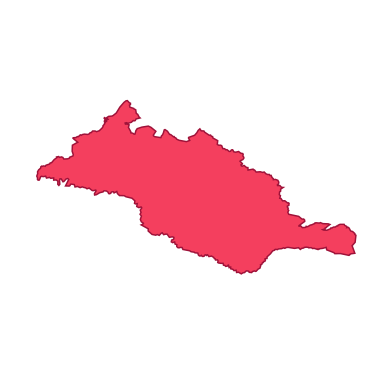 San Bartolo Tutotepec, Hidalgo, Mexico, rotated 253°
{"feature_id": "50627088B89950958410687", "entity_name": "San Bartolo Tutotepec", "entity_type": "district", "adm_level": 2, "iso_a3": "MEX", "parent_name": "Mexico", "parent_adm1": "Hidalgo", "projection": "equal_earth", "projection_center": [-98.204, 20.469], "detail": "fine", "context": "isolated", "style": "filled", "palette": "rose", "viewbox_px": 384, "rotation_deg": 253, "n_neighbors": 0, "source": "geoboundaries", "source_scale": "gbopen_adm2", "svg_char_len": 6064}
<svg xmlns="http://www.w3.org/2000/svg" viewBox="0 0 384 384"><g transform="rotate(253 192 192)"><path d="M102.7,336.1L103.8,335.3L104.6,335.6L107.3,334.0L108.0,332.7L108.9,332.2L111.6,331.7L112.5,331.1L112.7,329.6L113.3,330.1L114.0,329.8L115.3,328.3L116.6,328.0L117.8,324.1L117.5,321.9L116.9,321.4L117.2,320.3L116.6,318.9L117.1,317.0L116.7,315.5L117.0,314.2L116.4,313.8L116.0,309.8L117.0,306.9L117.8,306.0L117.8,308.5L118.7,308.9L118.7,310.0L119.4,311.0L120.6,314.4L121.7,313.0L123.5,307.9L125.2,305.8L125.0,304.8L126.3,301.6L126.4,300.4L126.0,300.2L125.6,296.5L125.8,295.5L125.0,292.5L125.8,291.1L125.0,290.6L125.0,290.0L125.7,287.1L127.7,286.1L128.0,284.4L128.6,284.5L130.9,291.2L132.3,291.5L133.5,290.9L133.4,290.3L134.3,289.0L137.5,286.9L142.4,278.0L144.7,277.7L146.1,279.1L147.4,278.6L148.4,279.3L149.2,278.8L150.6,279.0L150.9,280.7L152.7,281.5L153.4,281.2L153.6,280.2L156.5,278.2L157.1,276.0L159.8,275.2L160.4,274.1L162.6,275.5L163.9,274.7L166.5,275.8L166.9,277.0L168.8,277.6L169.7,280.5L170.3,279.0L172.5,277.9L173.2,275.7L173.9,275.8L174.4,277.1L176.0,277.9L178.1,277.5L179.7,275.4L180.0,273.4L181.0,273.6L182.4,272.8L184.8,272.5L185.0,271.4L186.2,271.0L186.6,269.5L187.7,268.1L190.0,266.9L190.1,265.2L191.4,263.2L192.3,259.2L194.8,258.2L195.3,257.2L196.0,257.1L196.6,252.0L199.0,252.6L199.5,251.3L202.2,249.5L202.0,247.6L202.6,246.8L203.7,246.8L203.9,248.1L204.4,248.5L207.4,246.9L207.8,247.6L208.1,250.1L209.1,251.4L210.0,251.7L211.6,251.2L212.9,251.9L213.9,251.8L214.9,249.9L217.1,248.4L217.3,245.4L218.1,243.8L220.5,243.2L220.7,242.0L219.7,240.6L219.9,239.4L222.2,237.9L222.6,236.5L223.9,235.9L224.4,234.2L227.7,233.9L228.5,232.8L228.9,231.2L230.1,230.1L233.6,231.6L237.5,227.8L239.0,227.9L239.5,226.9L241.0,226.4L241.2,225.1L245.5,221.6L246.9,221.2L247.8,218.7L250.1,218.0L249.1,215.9L247.3,214.0L245.5,211.1L245.2,204.8L244.7,204.4L242.0,204.9L241.8,201.4L245.2,194.8L247.1,192.7L248.2,192.5L249.7,191.0L250.2,191.1L250.4,190.3L253.2,188.4L253.6,187.4L257.3,186.3L259.6,184.4L259.5,183.6L256.7,181.8L255.1,180.3L254.6,179.2L253.1,178.1L255.8,172.5L256.9,171.6L257.7,171.7L260.6,175.2L265.8,171.7L267.8,169.5L268.7,163.0L268.6,158.1L267.1,156.3L264.1,154.4L264.2,153.6L265.5,152.6L266.5,150.8L267.5,151.1L272.4,150.1L274.6,151.5L275.8,150.0L276.4,148.2L277.5,148.2L277.5,149.5L276.4,151.0L276.4,154.4L277.5,156.7L277.0,157.3L276.9,158.5L278.2,159.9L278.0,164.0L279.2,163.3L282.1,162.8L283.5,161.7L287.2,162.2L288.2,160.9L288.9,160.8L291.3,157.4L293.4,157.6L293.6,158.7L294.9,159.1L295.6,158.2L298.3,156.9L298.5,155.6L297.6,153.2L294.3,147.9L289.7,142.7L288.2,138.9L288.0,137.7L288.7,134.4L287.7,131.1L288.7,130.0L288.2,129.6L287.3,130.5L286.4,129.6L286.1,130.2L286.7,132.7L286.1,132.9L286.3,131.9L285.5,131.4L285.3,130.2L284.9,131.0L284.5,130.9L284.8,129.4L284.6,128.9L283.9,129.3L283.2,128.4L282.7,128.4L281.3,126.2L280.5,126.0L279.5,124.8L277.7,121.2L277.6,118.4L278.7,117.1L279.4,114.8L278.3,113.1L278.5,112.0L277.6,110.5L277.5,109.2L278.8,106.0L279.0,103.8L278.6,102.8L279.3,101.9L278.2,99.6L278.5,98.4L278.0,97.1L278.6,94.2L278.3,93.9L277.1,94.5L273.0,97.3L271.7,91.3L266.0,89.3L262.5,89.4L261.3,88.7L261.0,85.2L260.2,84.7L260.1,82.6L261.0,79.1L262.8,78.6L263.7,77.5L263.9,75.3L264.9,74.9L265.1,72.8L264.4,72.9L263.3,69.7L261.1,66.3L261.2,64.8L260.4,64.0L260.3,60.2L259.5,59.2L260.3,57.8L260.3,56.3L260.7,56.0L260.4,54.9L259.0,54.1L258.0,51.8L256.5,50.2L254.7,49.8L252.6,48.2L250.5,48.4L249.4,47.9L248.3,48.3L248.1,49.5L250.9,51.8L251.0,52.7L250.2,54.2L249.9,56.7L247.9,56.9L247.6,60.0L246.4,60.9L245.9,63.8L243.8,63.2L243.2,65.7L241.5,66.9L238.6,65.9L237.2,66.6L238.1,67.9L241.8,68.7L243.2,69.7L242.7,70.8L239.5,71.6L239.5,72.5L241.3,75.5L241.2,77.2L240.1,77.8L234.8,72.8L233.6,76.3L233.8,77.2L234.9,78.1L234.7,79.2L233.5,81.6L231.0,81.6L230.8,84.1L228.9,86.3L229.0,88.6L227.8,90.1L227.3,91.3L225.8,92.5L225.8,94.8L222.8,96.8L222.2,97.7L222.0,100.5L221.1,100.6L218.9,98.2L217.6,98.0L217.4,99.9L218.3,103.5L218.1,107.0L218.8,107.9L218.8,108.5L217.9,110.6L216.3,111.7L214.9,111.8L214.4,112.7L214.5,113.9L215.2,114.4L215.6,115.6L215.1,117.0L213.9,117.2L214.5,120.2L212.3,120.2L209.8,121.6L208.3,126.1L206.8,127.4L203.6,132.8L200.2,134.8L197.9,133.7L197.1,134.5L196.9,136.3L194.3,134.9L192.6,136.6L192.6,138.9L192.0,139.3L191.4,139.2L189.8,137.2L187.4,137.3L185.9,135.8L183.8,136.6L180.9,134.6L178.4,134.8L176.3,136.4L175.6,135.6L175.4,133.8L169.6,139.4L167.5,138.7L163.1,141.4L161.3,144.7L161.5,146.3L160.1,148.0L161.5,150.4L161.7,151.6L159.5,152.4L159.4,154.6L158.9,155.9L155.3,157.1L154.9,160.1L153.9,161.4L152.5,160.9L152.1,160.3L152.0,158.5L150.4,157.6L149.2,158.7L149.3,160.8L147.1,160.6L146.1,162.1L144.4,161.5L143.1,162.0L142.4,163.2L142.4,164.8L141.8,166.3L139.7,166.5L136.5,172.6L135.2,173.6L133.8,176.5L133.0,177.0L131.9,179.7L129.9,179.7L128.7,180.4L128.4,181.3L128.7,182.4L127.5,182.9L127.1,183.7L127.1,184.9L128.0,186.0L127.9,186.9L127.1,187.2L127.4,188.5L125.3,189.3L125.0,192.0L123.0,193.7L121.8,193.9L121.4,194.6L120.1,194.6L119.6,196.6L118.4,196.8L117.2,196.0L116.5,196.4L115.3,198.8L114.7,200.9L112.8,200.7L112.1,202.0L111.0,202.5L110.8,204.4L111.4,204.8L111.4,205.5L108.8,205.4L108.9,207.0L107.2,206.6L106.1,208.5L104.5,209.2L104.3,211.3L102.0,211.1L101.7,213.0L99.3,215.2L99.8,217.0L99.6,218.8L100.4,220.1L100.6,221.3L99.6,223.1L98.5,223.2L97.5,225.5L98.2,226.5L98.3,228.5L97.5,229.6L97.5,230.3L98.9,232.6L99.3,234.7L101.5,236.2L102.3,236.2L102.5,237.7L103.6,238.5L103.9,239.0L103.7,239.5L104.6,240.4L104.4,241.4L105.4,242.3L106.6,242.1L106.8,242.8L106.5,244.3L108.1,244.9L110.0,249.0L112.1,251.9L112.2,254.0L112.7,254.3L112.7,255.3L111.9,256.9L112.3,257.9L111.6,261.2L111.8,263.3L111.0,264.3L111.3,265.8L111.0,267.6L108.1,273.6L107.6,277.6L105.4,278.8L106.0,280.4L105.8,282.5L106.2,283.0L105.8,285.3L104.9,287.2L104.5,287.3L103.9,289.8L102.6,290.9L102.5,292.2L99.8,296.2L100.6,295.7L100.2,296.8L100.5,297.1L99.9,300.5L99.8,304.1L97.3,303.9L92.5,310.0L91.3,310.5L89.7,316.0L85.5,323.6L85.7,324.3L86.1,324.4L86.4,326.1L85.8,329.8L93.8,329.4L96.2,333.3L102.7,336.1Z" fill="#f43f5e" stroke="#9f1239" stroke-width="1.5"/></g></svg>